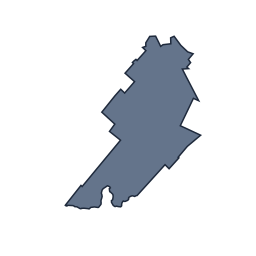 Franklin, Maine, United States of America, rotated 232°
{"feature_id": "52423323B32443521891839", "entity_name": "Franklin", "entity_type": "district", "adm_level": 2, "iso_a3": "USA", "parent_name": "United States of America", "parent_adm1": "Maine", "projection": "robinson", "projection_center": [-70.559, 45.063], "detail": "fine", "context": "isolated", "style": "filled", "palette": "slate", "viewbox_px": 256, "rotation_deg": 232, "n_neighbors": 0, "source": "geoboundaries", "source_scale": "gbopen_adm2", "svg_char_len": 1678}
<svg xmlns="http://www.w3.org/2000/svg" viewBox="0 0 256 256"><g transform="rotate(232 128 128)"><path d="M105.7,31.0L104.9,31.2L104.2,31.8L104.5,32.1L104.1,33.0L100.7,36.9L100.6,37.0L99.4,37.5L98.8,37.6L97.4,39.2L95.0,40.2L93.8,40.7L93.1,41.9L93.2,42.1L91.9,43.9L89.4,46.5L88.5,47.3L88.2,47.5L88.3,49.9L86.6,52.7L86.4,53.0L84.5,54.8L83.9,55.4L83.7,55.7L83.6,56.1L83.7,56.5L84.5,59.7L85.6,60.8L86.1,61.0L87.7,62.3L89.1,64.4L89.9,65.4L91.4,66.3L93.1,66.9L95.0,69.3L95.5,71.1L95.1,76.3L93.6,77.1L93.0,77.4L91.8,77.2L91.7,77.2L91.7,75.9L89.5,74.6L88.8,74.5L88.6,74.5L88.3,74.8L87.6,74.9L85.1,75.2L83.7,74.5L82.8,73.8L81.0,71.8L80.9,71.0L81.0,70.3L79.7,69.3L79.5,69.2L76.1,68.7L74.4,69.2L74.0,69.5L73.9,69.9L73.5,70.8L72.1,71.9L70.4,73.7L70.4,74.0L70.5,74.8L70.6,75.1L70.9,75.2L72.1,76.4L72.7,77.2L72.9,77.5L73.4,79.1L73.4,79.3L73.2,79.4L72.8,79.6L72.6,79.7L71.9,80.6L71.2,83.1L71.2,83.3L71.3,84.1L71.4,84.5L71.6,84.8L72.0,85.2L72.4,85.2L72.6,85.6L72.8,86.1L72.6,87.8L72.1,89.4L71.6,90.0L69.9,91.2L69.9,91.8L69.6,92.9L69.2,93.6L76.3,134.6L70.6,135.3L73.1,149.7L74.1,149.5L77.0,163.4L77.6,180.8L97.6,170.6L104.2,183.9L111.1,197.8L106.0,200.5L132.3,205.4L141.0,207.1L137.5,212.3L139.8,211.9L141.0,217.6L144.9,217.8L146.4,225.0L151.3,221.9L160.6,220.5L171.9,220.8L172.8,217.1L168.0,213.6L172.1,206.9L172.2,204.0L183.4,206.3L184.3,205.1L186.8,201.5L186.4,200.5L184.2,194.5L181.4,192.3L182.5,189.1L177.9,189.7L177.0,184.6L175.6,176.7L177.2,176.5L177.2,174.1L176.9,171.8L175.3,172.0L173.0,159.4L160.5,161.7L157.6,146.9L163.0,146.1L161.4,137.5L156.6,117.1L139.2,120.0L136.7,111.3L123.0,114.6L110.1,55.8L111.7,55.6L105.7,31.0Z" fill="#64748b" stroke="#1e293b" stroke-width="1.5"/></g></svg>